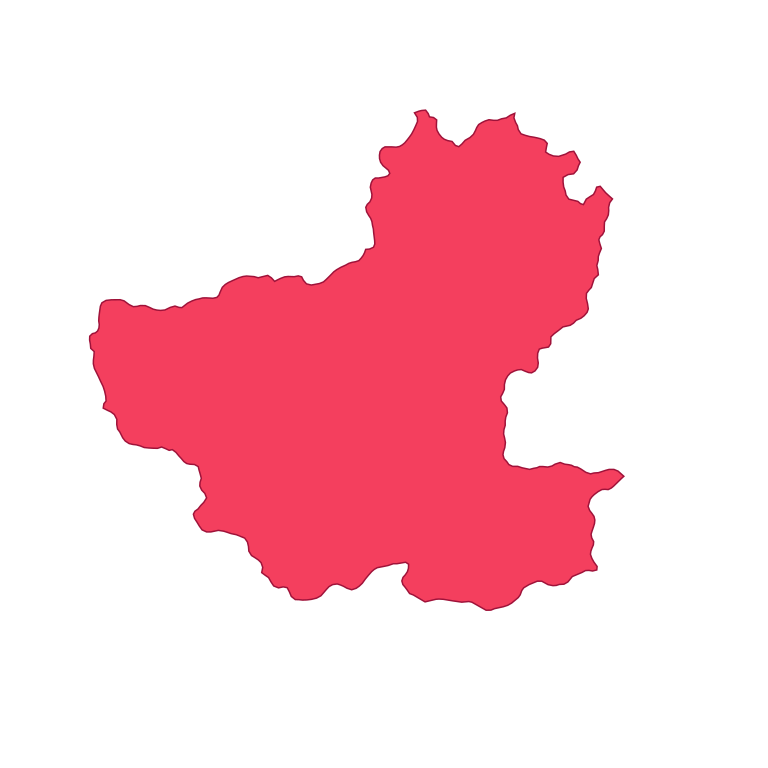 Pedra Azul, Minas Gerais, Brazil, rotated 162°
{"feature_id": "56859067B52698506217468", "entity_name": "Pedra Azul", "entity_type": "district", "adm_level": 2, "iso_a3": "BRA", "parent_name": "Brazil", "parent_adm1": "Minas Gerais", "projection": "robinson", "projection_center": [-41.204, -15.954], "detail": "fine", "context": "isolated", "style": "filled", "palette": "rose", "viewbox_px": 768, "rotation_deg": 162, "n_neighbors": 0, "source": "geoboundaries", "source_scale": "gbopen_adm2", "svg_char_len": 6171}
<svg xmlns="http://www.w3.org/2000/svg" viewBox="0 0 768 768"><g transform="rotate(162 384 384)"><path d="M237.7,144.6L239.4,149.8L240.2,154.0L240.3,158.2L238.9,161.1L236.9,163.7L234.6,166.3L233.3,169.3L234.0,173.5L233.5,177.1L231.7,179.7L229.0,183.3L226.9,186.3L225.5,189.5L225.2,193.2L226.2,196.5L227.5,200.2L227.7,204.6L225.4,208.0L223.6,210.7L220.9,212.6L218.2,213.9L213.6,215.5L209.3,216.3L206.4,215.6L203.4,214.3L200.0,214.8L197.2,215.9L187.9,220.5L184.4,222.1L188.3,228.8L191.7,231.7L196.2,233.2L199.8,233.4L207.5,233.4L211.9,234.5L215.3,234.7L219.3,237.6L223.1,242.4L225.8,245.2L228.6,246.5L230.7,248.7L233.5,250.3L236.9,251.9L240.7,254.9L246.1,254.9L249.5,254.1L253.9,254.4L258.2,256.3L261.5,257.4L264.4,257.1L268.0,257.6L271.9,257.8L278.5,261.6L282.2,264.3L287.1,265.9L290.2,268.8L291.2,272.2L292.9,275.9L292.7,280.0L291.2,282.9L288.8,286.1L286.6,290.8L286.0,295.3L285.7,299.5L284.1,303.4L281.5,307.2L280.2,311.3L278.4,314.9L275.5,318.5L274.5,323.2L275.9,327.3L277.7,331.6L277.0,335.7L274.1,338.4L271.2,341.7L269.6,346.4L267.1,350.5L263.8,353.5L260.4,355.4L255.8,356.1L252.4,356.1L248.9,355.3L245.9,352.6L242.9,350.2L240.2,349.0L236.3,349.8L232.7,352.4L230.8,356.3L230.0,361.3L228.3,365.8L225.5,369.2L222.5,369.2L219.1,368.7L216.1,368.3L213.0,370.8L210.7,377.3L206.7,379.2L201.8,380.9L196.2,383.0L188.8,382.3L185.0,383.3L181.5,385.2L176.4,385.7L172.5,387.1L168.7,389.4L166.5,392.3L165.6,397.5L165.2,402.9L163.4,407.7L159.9,410.1L157.0,411.7L154.7,414.9L151.5,419.3L146.4,421.6L145.3,427.0L145.0,430.9L142.1,435.3L140.8,439.0L138.5,442.1L135.4,445.7L135.4,450.7L135.1,454.8L133.1,457.2L130.0,458.6L127.3,461.3L125.7,466.1L124.2,470.0L121.2,472.4L118.4,475.5L116.7,479.4L115.8,482.6L113.3,486.7L109.5,489.4L111.8,493.3L114.1,497.4L115.6,501.0L117.3,505.2L120.9,505.5L123.3,502.3L126.2,499.5L130.3,498.5L134.5,497.3L138.9,493.0L141.4,494.8L143.2,497.8L151.1,502.7L152.5,507.5L152.0,511.6L152.2,515.9L151.3,520.7L149.8,525.2L144.2,526.3L138.7,525.3L134.2,527.9L131.6,531.5L128.9,534.3L130.0,538.3L130.5,542.2L131.6,546.7L135.9,547.4L140.2,546.5L147.5,546.5L152.4,548.5L156.1,551.5L158.6,554.7L156.4,558.9L154.4,562.4L156.2,566.4L159.5,569.0L162.4,570.8L165.2,572.4L169.1,574.4L172.9,576.9L176.4,579.6L177.7,584.5L177.3,588.4L178.0,592.0L178.2,597.0L176.0,601.0L180.7,600.6L185.5,599.3L190.2,599.9L194.6,599.7L198.3,600.9L202.5,602.9L206.8,602.9L210.2,602.4L213.8,601.5L216.5,599.3L218.7,596.8L221.8,593.8L226.1,591.8L231.5,590.7L235.7,588.2L239.5,586.6L242.4,588.8L244.3,593.6L248.2,595.8L251.0,598.1L252.9,600.8L254.4,604.7L255.2,608.8L254.8,612.1L253.5,615.8L252.3,618.9L254.5,622.1L258.2,624.0L258.4,627.6L259.8,631.6L263.7,632.5L266.5,632.7L271.2,632.5L269.9,627.3L271.0,623.3L273.6,620.3L277.0,616.6L280.4,613.3L283.5,611.0L286.6,608.9L289.8,606.9L292.6,605.8L295.8,605.1L299.3,605.5L302.8,606.9L306.4,608.1L309.8,609.2L312.9,608.5L315.9,606.3L317.6,603.1L318.6,599.7L318.7,595.9L317.5,592.0L313.7,585.9L313.4,582.5L315.9,580.8L319.2,580.7L325.7,581.6L328.7,582.6L331.7,581.6L334.1,579.1L336.2,575.4L336.9,568.0L338.3,564.6L341.1,561.6L344.4,560.0L346.7,557.7L347.3,553.1L346.4,548.9L345.5,545.8L345.3,542.2L345.9,538.5L346.2,534.8L347.0,531.4L348.6,523.2L349.5,520.0L351.7,517.3L356.1,516.8L359.8,517.7L361.9,514.9L364.2,512.6L366.9,510.7L369.8,509.1L373.4,509.1L376.9,509.6L380.2,509.6L383.8,508.9L389.1,508.3L393.8,507.3L397.1,506.2L402.2,503.5L406.6,501.3L410.0,499.8L414.4,499.5L422.6,500.6L426.8,503.2L428.6,507.5L429.2,511.4L432.1,513.3L436.2,513.8L442.0,515.9L445.4,516.6L449.7,516.4L453.4,515.9L456.3,515.4L458.3,519.8L461.0,523.2L467.5,523.7L470.8,523.9L474.4,526.3L478.3,527.9L481.2,529.1L484.8,529.8L489.0,529.9L496.4,529.1L500.6,528.6L504.2,527.7L507.9,525.9L511.4,522.1L513.5,519.5L516.2,518.0L520.2,518.4L523.2,519.6L526.6,520.9L529.9,521.9L533.7,522.1L537.0,522.5L541.3,522.3L545.8,521.6L552.6,519.1L555.3,520.2L558.7,522.7L563.6,522.9L569.5,522.1L573.7,523.0L577.2,524.5L580.4,526.5L583.1,529.1L586.8,532.3L591.4,533.9L594.7,534.1L598.5,535.0L601.9,538.3L605.5,543.4L608.9,545.7L617.2,548.3L622.5,549.4L627.2,548.4L629.7,545.6L632.7,539.5L634.4,535.8L635.8,532.2L636.4,528.6L637.8,525.4L640.0,522.9L642.7,521.8L645.8,522.0L649.1,520.4L650.4,516.8L650.9,512.9L651.9,508.5L649.6,504.4L651.3,500.1L653.0,496.5L654.2,493.0L654.6,488.3L653.3,479.5L652.7,474.2L651.9,468.4L651.9,463.7L652.4,458.4L653.6,453.7L656.5,451.8L658.5,447.8L655.1,444.4L652.4,441.9L649.9,438.3L649.0,433.0L650.7,428.0L651.3,423.5L650.1,420.0L649.1,413.5L647.7,409.7L644.8,406.1L641.5,404.1L638.4,402.7L634.9,400.4L631.7,397.7L627.6,395.9L623.5,394.3L619.3,392.8L615.0,392.8L611.7,390.0L608.8,387.3L605.6,387.0L603.0,383.3L601.3,379.0L599.9,376.0L598.3,372.1L596.3,369.4L593.6,367.8L589.1,366.0L586.2,362.9L586.5,359.2L586.6,355.4L586.9,350.7L589.3,347.4L590.7,343.9L590.2,339.5L588.2,335.3L587.9,330.5L592.0,327.1L595.8,325.1L599.5,322.6L603.2,321.4L605.5,319.1L605.7,314.7L604.6,310.6L603.5,305.9L602.1,301.5L598.4,298.1L594.2,296.8L586.8,296.0L582.0,293.6L578.9,291.4L575.7,289.0L571.0,286.3L564.1,280.5L562.7,275.9L563.1,271.4L564.2,266.8L563.0,261.8L560.3,258.6L557.8,255.4L556.1,252.1L556.0,247.1L558.6,242.4L556.0,238.7L553.6,235.6L552.6,230.6L551.3,226.0L547.3,222.7L542.5,222.2L539.0,220.2L538.2,215.5L537.8,210.6L535.0,206.4L531.6,205.2L528.3,203.7L524.1,202.5L519.5,201.6L514.3,201.2L509.4,202.1L505.7,204.3L502.3,206.4L498.9,208.3L494.8,209.1L490.3,208.3L487.6,206.4L485.0,204.1L482.3,201.2L478.3,198.3L473.6,198.3L470.0,199.4L466.2,201.2L462.0,204.3L457.6,207.1L453.7,209.4L450.6,210.7L447.1,211.4L440.7,210.6L436.2,210.1L430.7,210.2L427.4,209.1L418.5,207.8L416.3,205.0L417.7,201.2L419.7,198.3L422.6,196.0L425.7,194.2L427.9,191.2L428.0,187.4L426.8,184.4L425.7,181.2L424.4,176.8L421.3,174.3L412.3,164.1L401.0,163.2L398.2,162.5L394.1,160.9L385.8,156.6L377.5,152.5L370.5,150.9L367.8,149.3L356.8,137.3L352.2,135.9L348.3,136.2L339.4,135.3L334.7,135.3L330.3,136.2L322.3,139.4L319.6,141.4L316.8,145.0L314.1,147.0L308.0,148.4L299.1,149.1L294.9,147.7L290.0,142.5L285.6,140.0L282.4,139.2L279.2,139.2L274.7,138.0L270.3,138.9L264.4,142.7L253.9,143.6L250.0,144.3L246.7,143.4L243.4,141.7L239.1,141.4L237.7,144.6Z" fill="#f43f5e" stroke="#9f1239" stroke-width="1.5"/></g></svg>